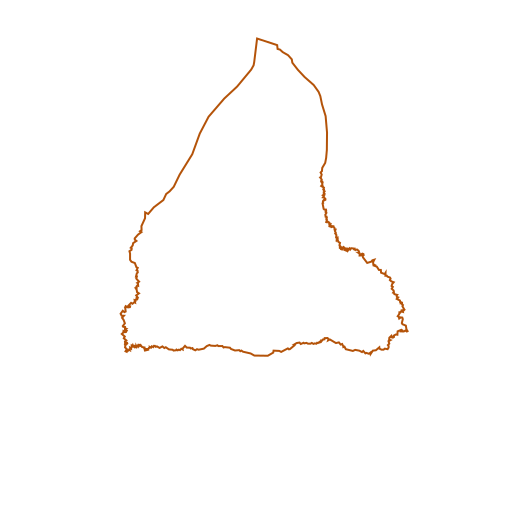 outline of Mercedes, Corrientes, Argentina, rotated 317°
{"feature_id": "61730980B22210913388495", "entity_name": "Mercedes", "entity_type": "district", "adm_level": 2, "iso_a3": "ARG", "parent_name": "Argentina", "parent_adm1": "Corrientes", "projection": "albers", "projection_center": [-57.865, -29.122], "detail": "fine", "context": "isolated", "style": "outline", "palette": "amber", "viewbox_px": 512, "rotation_deg": 317, "n_neighbors": 0, "source": "geoboundaries", "source_scale": "gbopen_adm2", "svg_char_len": 6154}
<svg xmlns="http://www.w3.org/2000/svg" viewBox="0 0 512 512"><g transform="rotate(317 256 256)"><path d="M314.8,414.1L315.6,414.3L316.0,412.3L318.1,409.1L316.6,405.8L316.9,404.5L320.3,402.3L321.0,400.8L319.2,398.7L318.9,399.5L318.1,399.4L318.9,397.9L318.6,396.7L321.0,396.2L322.5,395.0L323.0,395.8L324.3,395.4L325.2,396.9L325.7,395.7L326.2,396.6L327.7,396.5L327.4,395.7L328.1,395.6L328.8,392.7L330.0,392.1L329.8,391.1L330.8,389.9L329.7,389.3L330.4,388.7L329.9,388.2L330.9,386.7L329.7,383.4L331.7,383.2L331.1,382.0L331.9,380.8L332.7,380.7L331.2,378.3L331.7,377.2L331.3,376.4L332.4,376.2L333.1,375.1L332.9,372.5L335.0,371.9L334.7,370.4L336.4,369.4L338.8,369.1L337.7,366.9L337.5,364.9L339.0,364.3L339.3,363.1L338.1,360.8L338.2,359.5L337.2,358.7L339.3,356.6L337.8,357.0L336.1,353.5L337.8,351.3L336.4,350.0L337.1,346.2L335.8,343.6L336.7,343.7L336.1,342.1L337.5,340.3L340.0,339.4L338.2,338.5L336.6,338.8L332.6,336.9L333.3,330.0L334.3,328.3L335.4,328.7L335.9,327.8L335.4,326.8L333.6,326.4L333.1,327.1L332.1,326.3L333.4,325.0L333.1,323.7L333.7,324.3L334.6,322.2L334.3,320.1L332.8,319.4L332.3,318.2L333.1,317.8L330.9,315.2L329.3,315.5L329.5,314.2L327.9,314.5L328.5,313.9L328.1,313.2L326.2,313.8L326.0,312.2L325.6,313.5L324.9,312.0L326.7,311.5L326.1,310.7L326.2,309.1L324.7,308.8L324.3,309.4L324.7,309.9L323.4,310.0L322.9,309.0L323.6,308.6L322.8,307.3L323.5,306.5L324.3,306.8L324.4,305.0L326.4,303.7L325.9,301.8L326.6,300.2L325.6,299.6L326.5,298.8L326.1,299.5L327.4,299.2L327.3,298.3L328.2,298.0L327.3,297.0L329.1,295.5L329.3,293.6L330.1,293.6L330.7,291.7L332.2,290.9L331.5,290.2L332.5,289.1L332.7,287.3L332.0,286.9L332.6,286.7L331.9,285.9L331.0,286.2L330.3,284.9L331.3,285.0L330.9,284.3L331.9,283.7L330.9,283.3L331.5,282.4L332.1,282.6L332.4,281.6L331.7,279.0L330.8,279.6L330.5,279.1L332.6,277.8L332.6,276.9L333.9,276.4L334.4,275.4L333.7,274.8L334.8,273.1L336.9,272.5L336.9,271.2L338.0,271.0L338.8,269.8L337.7,268.8L337.6,267.7L340.5,263.0L342.0,263.1L341.2,262.6L342.5,261.5L344.0,261.3L344.0,261.9L345.1,262.2L345.7,261.6L345.7,259.7L345.0,258.8L346.8,258.4L346.4,257.2L348.5,257.4L348.5,256.0L350.3,255.5L350.0,254.5L351.1,253.7L350.8,253.1L352.3,252.3L351.6,249.9L352.2,250.1L352.2,249.4L352.8,249.7L353.7,248.2L354.6,247.9L354.4,246.5L355.2,246.5L354.9,245.5L356.2,244.9L356.5,242.4L357.2,242.7L359.6,241.2L360.2,239.0L362.1,238.9L364.6,236.7L370.1,235.1L374.2,232.1L380.1,226.8L392.1,214.2L402.3,201.2L407.7,190.1L412.1,182.9L413.7,178.7L414.8,170.4L413.6,158.2L413.6,148.4L414.4,139.4L416.3,136.6L416.4,131.0L414.6,125.2L414.3,121.4L413.0,119.3L415.3,116.2L405.1,97.7L387.0,112.9L384.3,114.9L379.6,116.4L357.8,119.2L340.2,119.2L316.3,121.8L298.4,128.1L278.8,138.1L255.7,144.4L243.0,149.3L236.8,149.8L232.6,149.4L226.4,151.9L214.5,150.7L205.8,151.7L204.7,148.5L200.6,152.7L192.6,156.0L190.0,159.0L188.1,158.8L188.5,160.4L184.3,159.9L179.3,160.4L178.5,161.4L178.8,163.4L174.9,162.8L173.0,164.2L170.0,164.6L170.3,165.6L169.2,166.6L166.7,166.2L165.6,168.3L161.3,172.9L161.0,175.3L162.6,178.5L160.9,182.7L161.4,184.0L158.9,185.0L159.3,186.0L158.3,187.4L157.0,187.4L154.2,189.2L154.8,189.8L153.1,190.8L153.0,191.7L153.0,195.0L150.9,194.7L151.1,195.4L149.5,197.4L149.1,196.6L147.7,196.8L147.2,197.7L146.1,197.3L146.1,198.0L145.3,197.8L146.2,198.5L144.4,201.3L144.9,203.5L141.5,203.1L141.2,205.5L140.5,205.2L140.3,206.4L139.5,206.7L138.5,205.8L137.5,206.5L137.1,205.6L135.8,207.6L135.5,206.8L133.1,206.7L132.7,205.1L128.6,205.3L128.3,206.0L129.5,207.0L128.9,207.4L127.3,206.3L126.5,203.8L125.7,204.1L126.3,204.8L124.8,205.0L122.8,207.7L121.5,207.3L121.2,205.2L117.6,205.9L117.0,208.0L118.6,209.6L115.9,209.9L115.6,212.4L114.2,215.8L110.8,216.4L110.6,217.2L111.8,218.6L110.9,219.5L111.4,220.5L110.3,220.2L109.8,220.6L110.6,222.4L109.0,222.9L108.1,222.2L107.8,220.6L106.7,221.5L104.7,221.5L105.1,225.4L103.2,226.0L103.6,229.3L101.8,229.2L101.3,229.9L102.5,231.5L102.3,232.1L101.3,232.2L101.2,230.5L99.9,231.1L99.3,232.5L97.9,233.5L98.0,236.0L95.6,236.7L96.1,237.9L97.7,236.9L97.8,238.0L99.2,238.0L99.4,238.6L99.7,237.9L100.8,238.3L101.3,237.5L101.5,238.6L102.3,237.8L103.5,237.9L103.2,237.5L104.0,236.7L104.2,237.5L105.0,237.2L104.8,237.7L105.6,238.5L105.0,238.8L105.6,239.2L104.8,239.3L105.0,240.2L106.4,240.8L107.0,240.2L106.7,241.3L108.9,240.8L108.6,241.9L109.2,241.6L109.6,242.2L110.1,241.5L110.9,242.1L110.6,244.9L112.0,246.8L111.4,247.2L112.3,249.7L110.6,248.8L110.3,249.4L112.8,250.8L112.9,249.7L113.9,250.6L114.9,250.2L115.8,250.7L116.3,250.0L116.9,251.5L118.2,251.0L118.8,252.6L120.1,252.1L120.8,252.8L120.8,254.1L121.9,254.5L122.8,257.5L125.9,258.3L126.2,260.8L127.8,261.2L128.6,264.9L131.1,267.7L131.2,268.9L133.2,270.4L134.0,270.2L134.4,271.6L135.7,271.9L136.2,273.0L138.1,272.9L138.6,274.3L139.0,273.7L142.8,273.3L142.9,275.8L145.2,278.0L145.2,279.1L146.7,280.0L146.3,281.1L147.3,283.6L149.3,283.9L150.1,285.4L154.7,288.2L158.5,288.3L161.3,289.3L161.8,290.7L164.9,294.0L166.9,295.0L167.0,296.2L170.0,298.9L169.9,300.8L171.0,301.3L174.4,305.3L174.3,306.9L176.2,310.8L179.5,313.4L179.6,314.9L180.8,315.2L181.2,317.1L185.6,323.6L186.9,327.7L196.6,337.0L202.7,338.4L204.3,337.2L208.3,341.3L209.0,343.3L216.3,345.3L216.4,346.7L217.2,347.2L223.4,347.6L224.0,347.4L223.6,346.8L226.4,347.4L228.8,349.0L228.7,350.9L231.6,351.9L231.7,352.8L233.7,354.0L234.1,355.4L236.1,357.3L237.5,357.6L238.1,359.5L239.4,360.0L240.3,361.3L241.5,361.1L241.9,361.9L244.1,362.2L243.7,362.7L244.7,363.2L246.1,362.2L246.7,363.0L248.1,362.7L249.2,363.6L250.2,362.9L252.4,364.8L252.3,366.3L251.2,366.9L253.1,367.4L255.1,374.2L257.7,375.7L257.5,378.5L259.0,379.1L258.3,381.2L258.7,382.1L258.0,382.4L258.8,383.0L258.1,385.4L262.1,391.5L264.5,392.3L267.0,395.7L268.0,398.6L269.7,398.6L269.6,401.8L270.6,402.1L271.9,404.5L273.9,404.7L273.1,405.8L276.9,404.9L279.4,406.7L283.9,406.9L283.1,408.0L283.9,410.1L285.4,411.5L287.0,411.6L288.7,413.9L290.5,413.4L291.6,412.3L291.7,411.1L293.7,411.0L294.8,408.7L296.9,409.2L296.3,408.0L297.8,406.7L300.4,406.7L299.8,407.6L300.5,408.0L300.1,408.7L300.5,409.1L301.7,409.3L302.5,408.2L304.8,408.8L305.7,410.0L308.2,407.7L312.0,409.1L312.2,410.0L310.8,410.2L312.6,412.0L314.4,412.4L314.8,414.1Z" fill="none" stroke="#b45309" stroke-width="2"/></g></svg>